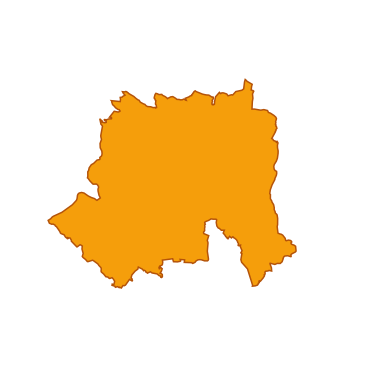 Galgau, Salaj, Romania (Mercator projection), rotated 126°
{"feature_id": "2599482B89090137886863", "entity_name": "Galgau", "entity_type": "district", "adm_level": 2, "iso_a3": "ROU", "parent_name": "Romania", "parent_adm1": "Salaj", "projection": "mercator", "projection_center": [23.697, 47.286], "detail": "fine", "context": "isolated", "style": "filled", "palette": "amber", "viewbox_px": 384, "rotation_deg": 126, "n_neighbors": 0, "source": "geoboundaries", "source_scale": "gbopen_adm2", "svg_char_len": 6065}
<svg xmlns="http://www.w3.org/2000/svg" viewBox="0 0 384 384"><g transform="rotate(126 192 192)"><path d="M302.6,273.5L301.8,270.3L302.8,268.0L302.9,266.6L302.1,266.1L301.9,265.5L302.2,265.2L302.3,265.6L302.8,265.8L303.0,265.4L301.5,264.6L300.9,263.6L301.9,261.3L302.7,260.7L304.1,252.9L303.8,252.6L300.5,251.6L300.3,251.3L300.2,249.0L302.8,247.5L305.7,243.9L308.6,242.9L309.0,241.7L309.2,238.3L309.8,235.8L309.5,235.2L305.6,232.3L305.5,231.6L305.5,226.0L306.2,224.0L306.7,221.3L307.4,220.3L309.4,219.1L310.0,218.4L310.3,215.2L311.2,211.9L310.3,210.2L310.5,208.3L310.3,207.7L308.3,206.3L308.7,204.4L309.7,202.1L312.5,200.9L312.9,201.1L313.4,202.4L314.5,201.9L313.7,199.4L313.6,198.8L314.1,198.0L312.3,196.6L312.2,194.8L311.7,194.8L311.2,192.7L308.3,192.9L307.6,191.7L306.4,191.1L299.5,191.2L299.2,188.2L298.7,188.1L297.4,189.7L297.5,190.5L297.3,190.8L294.4,191.9L289.4,191.5L286.3,190.5L284.3,191.3L283.6,186.8L284.1,184.9L283.6,184.8L283.3,184.3L283.3,183.2L283.9,182.2L283.6,181.4L283.9,180.4L281.0,178.8L281.0,176.8L278.8,172.1L279.0,169.4L278.5,168.0L279.3,167.2L279.2,166.5L278.7,166.2L277.9,166.2L276.2,167.5L276.0,169.0L276.4,170.1L274.1,170.2L271.6,171.0L271.4,173.2L271.7,173.4L273.0,173.1L273.3,173.3L272.7,174.2L271.0,174.6L268.8,173.3L267.9,173.4L266.0,174.4L264.5,175.9L257.4,168.4L259.3,166.0L257.1,162.7L255.1,160.9L254.5,160.7L253.9,161.1L253.5,161.9L251.2,158.1L253.5,156.9L249.3,150.6L249.5,149.7L249.2,149.3L247.1,148.2L245.5,148.2L243.5,147.4L242.1,145.9L241.3,144.5L240.3,141.3L238.6,139.0L237.7,138.8L236.6,139.2L230.9,144.8L224.3,148.8L223.4,149.5L222.2,151.2L217.5,152.8L218.7,158.0L218.4,158.5L217.5,159.1L215.9,159.0L213.8,160.6L212.7,161.0L211.2,162.4L210.2,162.3L209.8,163.2L209.1,163.9L207.6,163.4L205.1,161.8L202.6,160.8L201.5,158.8L200.1,156.9L199.8,156.1L200.0,155.7L202.4,154.5L204.9,151.9L205.7,149.6L205.4,148.5L205.7,145.8L203.9,143.4L206.9,142.6L207.7,139.5L208.2,138.7L208.3,136.9L208.6,136.9L208.7,135.4L205.8,135.5L206.0,133.1L204.3,132.7L204.2,132.1L204.5,131.0L204.3,130.3L204.5,127.9L205.3,126.1L205.9,125.4L206.5,123.9L207.4,123.3L207.9,123.5L208.1,123.1L207.9,122.4L206.5,121.5L207.8,120.8L210.1,117.0L212.5,116.7L212.6,116.0L212.4,115.5L218.0,112.7L219.7,110.5L221.6,101.9L231.8,88.2L232.7,87.8L230.7,85.6L228.8,84.3L227.3,84.4L226.9,84.7L225.8,84.3L225.1,85.2L224.4,85.4L224.2,85.2L224.3,84.4L223.9,84.2L219.7,83.9L217.2,84.1L216.6,84.9L215.9,84.6L215.1,84.8L214.0,85.9L212.8,85.8L211.2,84.1L210.2,83.6L209.1,81.1L206.6,83.2L204.2,86.8L203.7,86.9L201.9,82.4L199.7,81.1L197.9,78.6L195.5,78.1L192.4,79.0L192.2,79.3L190.2,79.6L189.3,79.3L187.3,77.1L186.2,74.0L185.7,74.0L184.7,75.1L183.6,75.0L179.7,73.1L178.6,73.1L175.0,76.3L175.0,78.1L175.7,80.6L175.6,81.2L175.1,82.0L173.8,81.9L173.4,82.7L173.3,83.7L174.2,85.7L176.0,87.1L176.1,87.8L174.7,89.4L173.6,93.2L173.7,94.9L174.4,96.5L174.7,98.3L169.9,102.8L168.2,103.5L163.0,107.2L160.7,109.5L160.3,110.1L160.0,112.3L159.2,113.0L157.9,115.2L156.4,116.2L154.3,118.5L153.1,121.4L152.4,122.2L151.4,124.6L147.9,127.1L147.7,128.1L144.3,129.9L139.2,131.4L133.2,132.3L133.0,132.7L128.8,133.6L127.0,134.5L125.6,135.7L125.8,137.5L125.1,139.1L123.2,140.9L121.4,141.6L117.5,141.9L114.4,142.8L110.1,145.1L108.1,146.5L106.1,148.7L103.9,150.4L101.9,151.2L101.5,151.7L101.1,152.9L102.2,152.9L101.8,154.2L102.4,156.3L101.8,157.6L101.9,158.9L94.2,159.9L94.1,160.2L92.7,160.3L92.1,160.8L90.6,160.7L89.5,162.1L89.6,162.5L89.1,162.9L89.1,163.2L88.3,163.6L88.2,164.3L86.5,165.0L86.0,165.7L83.1,166.7L82.2,168.1L81.9,170.7L82.1,174.8L82.7,176.9L81.7,178.8L83.1,182.3L85.4,184.5L88.2,190.2L89.7,192.2L83.4,196.3L80.4,197.8L77.1,200.7L74.2,201.3L74.3,202.2L74.1,202.3L74.7,204.1L71.4,205.9L69.5,206.6L70.1,212.7L69.8,213.5L69.7,215.1L72.1,214.2L78.2,210.8L80.4,211.5L85.0,215.6L89.6,216.1L90.2,217.3L93.0,219.4L92.3,221.5L92.6,222.5L93.3,224.7L94.2,226.1L95.5,226.6L95.4,227.2L95.6,227.3L95.3,228.4L101.1,228.9L105.1,227.1L107.8,225.5L108.7,225.8L108.7,226.6L109.4,226.8L109.4,227.1L108.4,228.2L106.4,228.8L106.0,229.6L103.9,229.6L102.8,230.5L102.9,231.1L103.3,231.3L103.5,231.7L103.7,235.3L105.2,237.7L106.6,240.9L108.3,247.6L108.3,248.9L109.6,249.4L110.6,249.1L111.7,249.4L112.0,249.1L113.5,249.4L114.1,248.9L115.3,249.9L117.0,250.5L120.1,252.5L121.2,250.5L121.5,251.2L121.4,252.3L121.8,253.4L123.1,254.1L124.2,255.4L124.6,256.6L126.0,258.8L125.8,260.2L126.1,263.6L127.5,265.1L130.9,266.8L130.6,267.5L130.6,269.9L131.1,272.7L130.8,273.8L132.6,276.0L132.8,277.5L133.4,279.2L134.8,279.2L137.8,278.1L138.5,277.4L138.5,276.6L139.2,275.9L139.3,275.0L142.3,273.3L142.8,272.0L144.5,270.3L145.5,270.9L145.3,271.5L146.6,273.1L147.3,275.5L149.0,278.2L149.2,279.9L148.8,281.7L149.2,282.8L149.7,286.6L148.9,288.7L149.2,289.9L149.2,292.2L148.9,295.3L149.5,300.9L149.3,302.0L149.5,302.9L149.2,303.7L149.7,304.8L150.7,305.4L151.7,307.2L152.6,305.4L153.0,303.1L155.3,304.2L156.3,304.3L157.7,305.7L159.1,304.3L161.0,303.2L165.5,310.9L165.7,310.2L166.4,309.8L168.0,307.6L168.2,305.7L168.8,303.3L168.7,300.1L168.2,299.2L168.7,297.9L169.1,297.7L170.7,298.7L172.4,302.4L179.9,302.7L179.1,301.4L179.4,300.5L180.1,300.2L181.7,302.2L184.0,303.8L184.7,305.3L185.1,305.4L185.5,304.6L185.4,303.9L184.9,303.2L186.1,302.3L186.5,302.6L187.3,303.3L188.4,305.7L188.2,306.1L187.4,306.1L187.2,308.8L186.9,309.7L190.7,305.5L191.1,303.7L191.6,303.0L199.9,299.0L201.0,298.1L202.7,296.1L206.8,294.9L210.2,292.2L211.9,289.0L213.8,287.3L215.2,286.6L216.2,286.4L218.2,286.9L219.3,285.9L220.0,285.8L222.0,287.6L226.7,288.4L229.1,289.5L232.9,289.4L235.4,288.3L236.9,288.2L240.4,285.6L242.0,284.9L242.0,284.2L243.1,280.9L243.8,277.0L243.7,276.5L241.7,273.9L241.8,272.6L242.3,271.3L243.0,270.4L245.0,269.7L246.5,268.5L249.3,265.3L250.7,262.7L254.6,264.0L254.7,264.7L254.6,266.9L255.6,270.1L256.2,273.5L256.3,278.7L257.3,281.1L259.2,282.7L260.8,283.0L262.0,282.7L264.9,281.1L266.7,280.6L272.7,281.3L284.9,285.3L293.1,289.9L294.5,290.4L296.7,290.6L299.5,291.7L301.1,289.0L300.5,286.5L299.6,285.5L299.3,283.5L299.8,282.5L299.7,281.3L300.6,278.7L301.7,275.7L302.5,274.4L302.6,273.5Z" fill="#f59e0b" stroke="#b45309" stroke-width="1.5"/></g></svg>